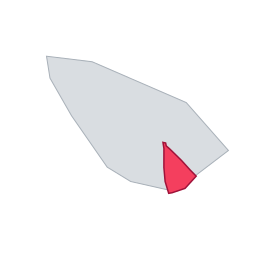 Choiseul highlighted on a map of Saint Lucia, rotated 291°
{"feature_id": "LCA-5078", "entity_name": "Choiseul", "entity_type": "Quarter", "adm_level": 1, "iso_a3": "LCA", "parent_name": "Saint Lucia", "parent_adm1": "", "projection": "mercator", "projection_center": [-61.017, 13.796], "detail": "fine", "context": "in_parent", "style": "filled", "palette": "rose", "viewbox_px": 256, "rotation_deg": 291, "n_neighbors": 0, "source": "natural_earth", "source_scale": "10m", "svg_char_len": 510}
<svg xmlns="http://www.w3.org/2000/svg" viewBox="0 0 256 256"><g transform="rotate(291 128 128)"><path d="M172.6,173.3L143.0,229.8L85.5,194.3L79.0,149.7L84.0,122.6L119.2,70.9L146.6,37.3L165.8,26.2L177.0,70.8L172.6,173.3Z" fill="#d9dde1" stroke="#a8b0b8" stroke-width="1"/><path d="M107.5,208.9L92.1,202.9L83.3,192.3L81.6,189.4L91.4,181.8L103.9,175.7L121.7,168.9L127.1,165.8L127.5,168.5L125.0,170.1L123.3,174.7L116.9,189.5L111.1,201.0L107.5,208.9Z" fill="#f43f5e" stroke="#9f1239" stroke-width="1.5"/></g></svg>